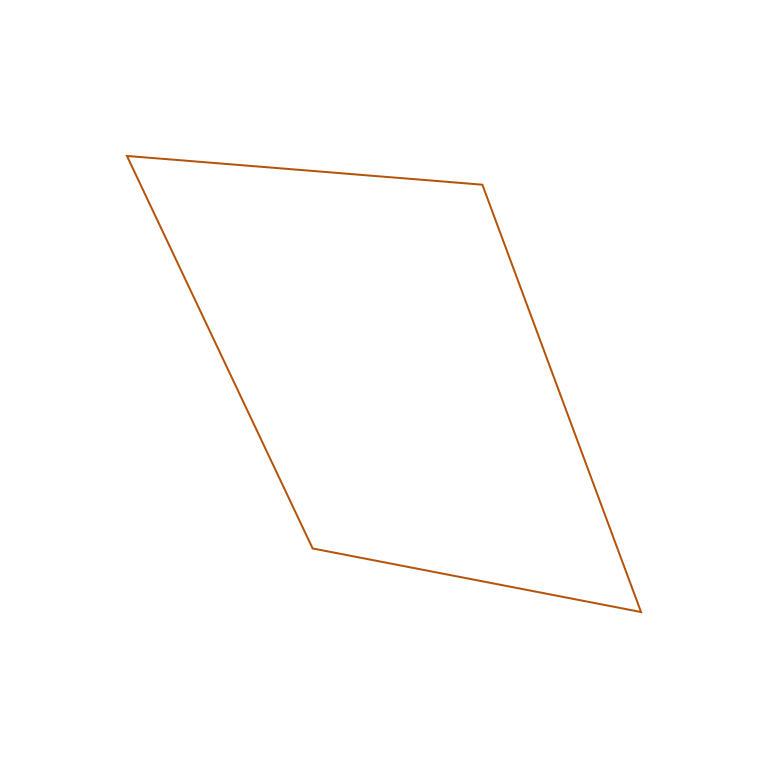 The Quarter, Natural Earth projection, rotated 71°
{"feature_id": "AIA-5125", "entity_name": "The Quarter", "entity_type": "District", "adm_level": 1, "iso_a3": "AIA", "parent_name": "Anguilla", "parent_adm1": "", "projection": "natural_earth1", "projection_center": [-63.039, 18.231], "detail": "fine", "context": "isolated", "style": "outline", "palette": "amber", "viewbox_px": 768, "rotation_deg": 71, "n_neighbors": 0, "source": "natural_earth", "source_scale": "10m", "svg_char_len": 236}
<svg xmlns="http://www.w3.org/2000/svg" viewBox="0 0 768 768"><g transform="rotate(71 384 384)"><path d="M516.3,505.0L84.7,552.8L181.7,331.0L227.6,226.1L683.3,215.2L516.3,505.0Z" fill="none" stroke="#b45309" stroke-width="2"/></g></svg>